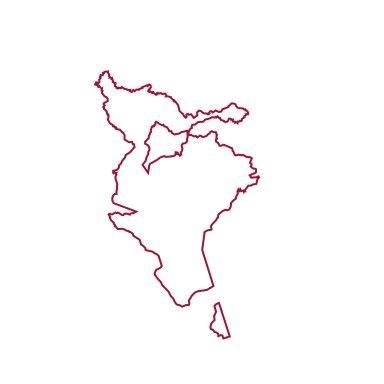 outline of Mineiros, Goiás, Brazil, rotated 334°
{"feature_id": "56859067B49749274510868", "entity_name": "Mineiros", "entity_type": "district", "adm_level": 2, "iso_a3": "BRA", "parent_name": "Brazil", "parent_adm1": "Goiás", "projection": "mercator", "projection_center": [-52.699, -17.707], "detail": "fine", "context": "isolated", "style": "outline", "palette": "rose", "viewbox_px": 384, "rotation_deg": 334, "n_neighbors": 0, "source": "geoboundaries", "source_scale": "gbopen_adm2", "svg_char_len": 6048}
<svg xmlns="http://www.w3.org/2000/svg" viewBox="0 0 384 384"><g transform="rotate(334 192 192)"><path d="M170.1,285.9L175.8,248.5L185.7,233.6L188.9,233.2L192.9,234.4L193.5,233.6L193.9,231.3L195.4,230.1L201.8,227.7L202.7,226.6L204.1,226.4L205.8,223.8L211.4,222.5L214.1,222.7L215.4,223.7L217.9,224.1L220.5,222.0L222.2,219.2L224.2,218.1L228.5,217.1L229.3,215.8L232.3,213.7L233.4,211.0L234.9,210.0L234.9,212.1L236.0,212.0L236.6,211.1L236.7,212.9L238.6,213.0L238.6,214.7L239.1,214.3L240.0,214.7L239.9,213.8L245.4,211.0L247.7,212.1L249.8,211.9L253.3,212.9L256.5,209.2L258.7,208.2L258.6,207.0L255.9,206.9L253.8,205.8L252.4,205.7L251.3,204.6L251.6,203.9L251.2,202.3L257.8,202.6L258.4,202.0L259.5,199.7L259.3,199.0L257.0,197.4L255.9,194.8L257.5,193.7L257.8,192.8L256.9,191.2L260.5,188.0L260.4,187.4L259.2,186.0L256.5,184.5L254.2,181.0L252.9,180.9L250.4,179.0L247.2,178.2L246.6,176.9L246.9,174.1L246.6,172.8L247.2,170.3L241.2,163.4L238.1,163.2L237.0,162.3L237.1,159.7L235.8,157.2L236.3,155.4L237.8,155.1L237.7,153.8L239.5,151.4L239.2,150.9L239.7,148.9L237.4,147.4L236.5,146.0L234.5,146.2L233.7,147.0L232.0,147.1L229.5,148.0L226.2,147.5L224.9,146.4L224.6,145.3L223.6,144.8L220.7,145.3L220.0,143.4L218.1,142.9L216.3,140.4L213.7,139.4L215.5,136.4L218.0,134.6L220.0,134.4L220.3,133.0L221.7,131.8L224.6,132.7L228.3,131.8L232.8,133.7L235.8,132.7L240.5,133.7L243.0,133.6L245.1,135.1L246.5,135.0L246.7,135.7L248.2,135.2L249.1,138.1L249.7,138.0L249.5,139.9L251.8,142.0L251.6,142.4L253.0,144.1L255.2,144.0L257.5,142.3L258.4,142.7L259.6,144.2L259.3,144.5L260.5,144.8L259.6,146.5L261.4,147.6L262.1,148.4L261.7,148.7L262.3,148.8L263.1,150.2L264.1,148.8L265.6,149.4L266.4,149.0L267.0,149.8L268.1,149.6L269.1,148.1L272.1,147.8L272.2,146.8L274.6,146.3L274.6,145.8L276.1,146.5L276.0,145.9L277.1,145.7L277.2,144.2L276.4,142.1L275.9,142.0L276.1,141.1L275.2,140.8L274.6,139.3L270.5,137.0L269.4,134.5L269.5,132.3L268.7,131.1L266.4,129.7L262.3,130.9L261.9,131.6L255.6,131.0L253.6,132.4L252.3,132.3L251.0,131.6L249.0,129.0L245.6,129.7L245.0,128.1L243.6,127.4L241.9,128.4L242.1,129.1L240.9,129.4L240.1,129.0L239.8,127.9L237.3,126.7L236.1,124.9L235.9,123.6L233.7,121.8L231.4,122.7L230.3,125.5L226.1,126.2L225.4,121.9L222.9,121.0L222.6,120.0L220.9,120.0L220.1,122.1L219.0,122.5L218.2,121.0L218.1,118.1L216.3,113.9L217.6,107.7L216.6,103.2L215.7,103.0L215.4,102.2L216.1,101.5L215.2,100.4L214.4,98.2L214.6,97.5L211.4,94.8L210.3,94.5L211.1,93.4L211.2,91.9L208.1,90.8L207.6,89.6L205.5,89.0L205.0,88.1L204.4,88.5L203.7,88.0L203.1,89.0L202.3,88.8L201.1,86.3L200.0,85.8L200.8,85.1L200.2,84.8L199.7,85.3L198.0,82.9L197.5,83.3L196.8,82.2L197.5,81.5L198.0,82.1L198.7,81.7L198.8,80.8L200.8,80.1L201.5,78.0L200.6,76.6L198.6,77.3L198.5,76.4L192.9,76.0L192.8,76.9L189.9,76.3L189.1,76.9L186.9,75.5L184.7,76.2L183.9,74.6L181.8,75.7L180.4,74.1L181.3,73.1L178.9,72.1L178.3,71.0L176.7,69.9L175.1,67.2L174.4,67.4L174.3,66.9L173.1,67.3L171.9,66.3L171.1,66.4L171.3,65.9L169.8,65.4L170.0,64.2L169.3,63.0L170.0,60.8L170.8,61.1L171.0,60.5L169.7,59.5L169.0,58.2L169.9,57.6L169.8,55.3L169.3,55.2L170.1,54.2L168.0,53.1L168.5,52.7L168.2,51.4L169.1,50.3L168.8,48.0L169.5,46.9L166.0,45.6L165.3,46.5L164.1,46.0L163.5,47.7L161.9,47.7L161.2,47.0L160.6,47.5L159.5,48.5L160.0,49.0L159.5,49.7L157.6,50.5L157.3,52.3L155.0,53.6L154.5,53.7L154.6,51.7L154.1,51.4L152.0,52.8L153.9,54.8L153.8,56.3L154.2,56.7L155.1,56.2L155.9,59.6L156.4,59.5L155.8,60.4L156.0,61.6L155.1,61.7L155.2,62.5L154.5,63.5L155.3,67.6L156.5,69.0L157.1,71.1L156.1,73.3L151.5,73.6L151.1,74.4L151.5,75.9L150.4,76.4L149.9,77.5L149.5,77.2L149.3,78.9L150.3,80.6L150.6,82.7L150.0,84.7L150.7,85.5L150.0,86.0L150.5,87.1L148.1,90.1L148.4,94.3L150.0,96.8L149.8,98.2L150.2,98.7L150.7,98.5L150.8,100.0L151.8,100.1L152.0,101.2L151.4,101.8L154.7,104.7L155.2,107.3L156.2,108.7L156.3,111.3L154.4,115.3L157.3,119.7L160.1,120.7L159.8,122.8L160.8,123.6L160.1,126.4L153.7,129.2L148.6,129.7L146.8,131.7L143.1,133.3L140.3,135.5L138.1,136.0L136.9,138.1L134.1,139.3L130.5,138.4L129.6,140.0L129.7,140.8L131.0,140.4L131.4,141.5L132.1,141.7L131.6,142.0L131.7,143.1L129.9,144.7L129.2,146.2L128.3,152.4L126.6,154.6L126.5,155.7L124.4,158.3L123.4,160.6L121.6,159.9L119.5,160.7L119.0,161.6L118.2,161.7L116.7,164.5L116.7,167.7L133.3,185.2L129.8,185.3L128.8,184.7L127.1,184.6L126.2,185.1L123.9,182.8L121.6,182.0L120.1,182.7L119.1,182.2L117.1,178.9L116.0,178.0L114.9,177.9L114.2,176.9L110.2,177.1L108.0,175.3L107.2,175.7L107.4,178.6L106.8,179.3L107.0,182.5L108.3,185.6L107.7,186.3L108.3,188.1L107.6,189.0L108.4,189.7L109.1,192.8L113.8,194.8L116.5,198.4L118.0,199.3L118.2,200.5L119.2,201.0L120.5,203.8L120.1,205.6L124.0,211.9L123.2,217.1L124.5,218.8L125.4,221.8L124.9,223.9L130.7,228.6L131.6,230.9L133.0,232.2L134.0,234.8L132.4,245.3L130.4,246.2L125.3,246.5L123.0,248.5L122.4,250.3L123.4,255.8L124.5,259.0L124.4,262.4L127.3,271.6L127.3,276.1L128.5,279.9L128.3,282.9L128.9,286.3L131.3,288.4L133.1,290.8L137.1,291.0L139.4,292.2L140.6,291.4L141.5,288.3L146.8,284.9L150.5,283.7L153.3,283.7L162.3,286.5L170.1,285.9ZM186.2,115.5L188.6,115.4L189.5,113.5L190.6,113.1L192.9,117.0L194.7,119.0L195.8,119.1L195.8,120.6L197.8,122.7L198.4,125.7L198.1,127.0L198.9,128.0L200.2,128.3L199.9,130.0L201.3,132.5L206.4,133.9L208.5,133.5L214.7,135.0L212.1,140.8L210.8,142.2L209.7,144.4L207.3,145.2L205.0,144.4L203.3,145.5L202.5,147.4L202.6,148.4L201.3,150.5L199.4,151.5L198.6,153.8L197.0,154.1L196.5,151.9L195.9,151.7L196.2,151.1L195.4,150.9L195.8,149.8L194.7,149.1L193.4,151.4L191.5,151.7L185.3,149.6L183.8,148.9L182.9,147.6L178.6,147.0L175.0,147.8L166.6,148.3L165.2,149.4L160.9,155.6L159.5,145.9L164.1,143.6L166.0,141.2L169.7,138.3L170.2,136.8L172.3,135.4L173.2,132.9L173.0,131.0L171.1,128.1L171.8,126.4L176.7,124.6L177.9,122.4L179.1,121.9L180.4,120.3L181.7,120.0L181.9,118.5L184.4,115.9L186.3,116.2L186.2,115.5ZM162.6,338.4L167.6,303.5L166.5,303.3L163.9,303.6L162.1,304.5L161.2,310.2L157.5,313.2L156.2,316.9L151.8,318.6L149.2,321.8L148.9,323.3L150.5,325.2L150.8,327.5L152.3,328.9L153.4,331.0L152.5,333.1L155.3,333.3L156.4,334.2L156.0,337.4L162.6,338.4Z" fill="none" stroke="#9f1239" stroke-width="2"/></g></svg>